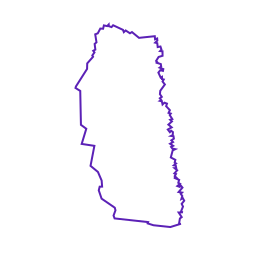 Tala, Entre Ríos, Argentina (Robinson projection), rotated 349°
{"feature_id": "61730980B14565124860161", "entity_name": "Tala", "entity_type": "district", "adm_level": 2, "iso_a3": "ARG", "parent_name": "Argentina", "parent_adm1": "Entre Ríos", "projection": "robinson", "projection_center": [-59.248, -32.313], "detail": "medium", "context": "isolated", "style": "outline", "palette": "violet", "viewbox_px": 256, "rotation_deg": 349, "n_neighbors": 0, "source": "geoboundaries", "source_scale": "gbopen_adm2", "svg_char_len": 1889}
<svg xmlns="http://www.w3.org/2000/svg" viewBox="0 0 256 256"><g transform="rotate(349 128 128)"><path d="M175.7,63.7L176.5,59.3L174.2,58.6L175.8,57.4L175.4,54.2L172.6,54.2L172.9,50.3L171.0,49.4L173.5,47.8L173.7,45.7L171.5,46.1L171.8,43.0L156.0,41.6L150.2,34.6L148.0,35.4L144.3,31.8L142.2,33.1L141.8,30.7L133.0,24.3L131.1,25.8L128.6,24.4L128.8,22.7L127.0,24.0L123.9,22.7L122.5,25.8L119.8,25.1L116.4,29.3L113.7,29.8L113.4,37.9L111.3,39.1L110.9,44.8L108.6,45.6L109.5,47.4L106.8,50.0L107.3,51.4L100.3,56.8L99.1,62.2L84.8,77.3L84.1,78.7L88.2,82.5L82.4,115.9L86.9,120.8L79.5,134.8L91.6,139.1L84.0,158.0L90.1,165.4L92.1,174.6L91.4,180.6L89.0,180.2L87.4,183.6L88.6,192.3L99.8,203.7L100.0,206.4L97.1,211.2L97.6,214.2L129.8,224.2L129.1,225.4L134.4,228.3L150.7,233.3L161.7,232.1L159.7,232.0L161.7,226.7L163.7,225.7L161.6,220.6L165.7,221.2L164.1,220.1L167.0,215.6L166.2,212.7L169.3,210.1L168.4,207.3L166.9,207.8L168.3,205.1L167.2,202.7L168.7,201.7L165.5,200.5L170.1,196.9L168.7,194.3L167.5,195.7L165.4,194.4L168.4,192.7L166.9,191.4L168.3,188.7L163.6,185.5L166.1,186.1L164.7,184.1L166.3,182.3L164.9,181.4L168.2,178.9L166.1,176.3L167.7,176.5L167.7,174.2L165.9,173.4L168.4,172.0L167.2,170.9L168.4,168.3L164.4,165.1L167.6,158.5L170.3,157.8L167.6,156.6L166.7,154.8L168.9,154.1L166.3,151.5L169.5,150.4L168.2,148.4L171.0,147.2L171.1,144.8L168.8,144.0L170.6,143.5L171.3,140.6L169.8,138.9L168.3,140.1L166.8,137.1L171.0,135.7L168.3,132.4L172.4,129.9L171.0,128.0L173.2,127.7L171.4,123.2L172.7,122.0L170.7,120.9L172.5,118.5L169.6,113.9L170.9,111.5L168.6,110.1L166.4,111.5L166.3,108.3L164.6,107.5L166.0,107.0L164.9,104.9L167.1,103.9L165.8,100.9L166.8,97.6L172.5,92.3L170.8,89.0L172.3,87.2L170.7,86.5L171.1,84.3L169.7,84.8L168.4,79.4L170.8,77.4L173.2,78.6L173.9,76.9L170.6,74.8L172.3,74.0L172.4,71.5L167.7,69.0L169.4,69.2L168.4,67.5L171.6,64.1L175.7,63.7Z" fill="none" stroke="#5b21b6" stroke-width="2"/></g></svg>